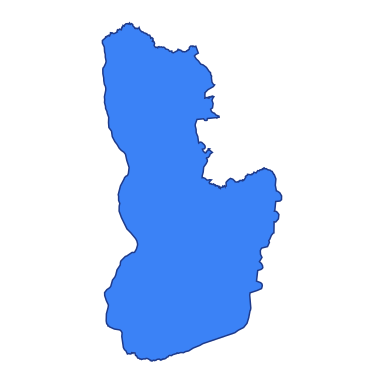 Wa West, Upper West, Ghana
{"feature_id": "2480657B35206472883168", "entity_name": "Wa West", "entity_type": "district", "adm_level": 2, "iso_a3": "GHA", "parent_name": "Ghana", "parent_adm1": "Upper West", "projection": "robinson", "projection_center": [-2.68, 9.917], "detail": "fine", "context": "isolated", "style": "filled", "palette": "blue", "viewbox_px": 384, "rotation_deg": 0, "n_neighbors": 0, "source": "geoboundaries", "source_scale": "gbopen_adm2", "svg_char_len": 5966}
<svg xmlns="http://www.w3.org/2000/svg" viewBox="0 0 384 384"><path d="M275.9,178.9L274.3,174.7L273.7,174.4L273.5,173.4L272.7,172.7L272.3,171.5L271.2,171.2L270.4,170.3L267.7,169.7L266.3,168.7L264.9,168.8L264.5,168.1L264.2,168.4L263.6,168.1L263.4,168.5L262.6,168.7L262.7,169.1L262.3,169.0L262.1,169.6L259.9,169.9L259.3,170.8L257.8,170.6L256.1,172.9L253.9,172.2L253.3,173.5L252.2,174.0L251.9,174.5L251.6,174.2L250.8,174.8L247.5,174.3L247.3,175.3L246.1,175.8L245.4,176.7L245.7,177.2L244.2,179.8L243.5,180.3L243.4,179.9L242.8,179.8L242.6,180.4L242.4,180.1L241.4,180.6L240.0,180.4L238.7,181.8L238.4,181.4L237.0,182.1L235.1,181.8L234.9,181.2L232.8,179.2L230.4,178.4L228.2,180.0L226.4,181.9L226.0,182.8L226.3,186.0L225.2,186.2L225.1,186.8L224.5,185.8L223.6,186.5L222.8,186.0L222.5,186.7L222.8,187.1L221.5,187.5L220.4,187.2L220.3,188.0L219.8,187.3L219.5,187.6L219.4,186.9L219.0,187.1L219.2,186.4L218.7,186.2L218.3,186.4L217.3,185.7L215.8,185.8L215.6,185.3L215.3,185.6L215.1,184.9L214.3,184.5L214.0,184.7L213.5,183.9L212.2,184.4L211.1,184.0L211.0,183.6L209.8,183.7L209.2,182.8L209.7,181.5L211.3,179.9L209.4,179.7L208.3,180.1L206.8,180.0L205.1,178.4L202.7,177.5L202.2,177.7L202.2,175.8L203.2,172.1L203.7,167.1L206.2,163.6L207.4,161.1L207.3,159.7L206.4,158.2L206.7,157.8L208.2,157.5L209.6,155.8L210.0,154.2L212.4,152.4L209.7,150.2L209.0,150.2L209.1,149.3L209.6,148.9L208.8,148.7L208.2,148.8L207.8,150.6L206.4,151.4L206.3,152.5L205.7,152.9L205.1,152.9L203.3,151.3L202.4,149.2L204.5,148.7L205.1,147.7L205.1,146.1L204.2,144.7L201.7,142.4L200.4,142.1L199.3,142.4L198.8,143.1L198.6,142.8L197.8,136.6L196.2,132.7L196.1,129.3L195.2,125.8L195.3,124.1L197.0,119.4L203.6,118.8L204.8,120.4L206.1,120.5L207.0,120.3L207.4,118.5L216.3,117.6L216.9,118.1L217.4,117.4L219.1,117.3L219.0,116.2L215.8,114.9L214.5,113.2L213.5,113.0L211.5,111.6L210.6,109.2L212.5,107.9L213.1,103.6L212.0,100.4L212.8,98.2L213.9,96.7L212.6,96.1L212.3,96.5L211.3,96.3L210.9,97.1L209.7,96.8L209.3,97.6L209.0,97.0L208.4,97.1L208.1,98.1L207.0,97.5L204.8,98.1L205.0,96.8L204.8,94.9L205.1,93.8L204.8,92.9L207.9,89.7L213.3,86.6L214.6,84.9L213.4,84.4L212.0,82.2L211.4,77.8L211.6,76.1L210.7,74.6L210.5,72.6L209.2,71.5L206.4,67.4L203.1,64.9L200.7,64.1L198.4,60.9L196.3,59.0L194.4,56.0L195.7,54.6L198.3,53.1L195.8,46.2L194.6,46.7L193.7,46.2L192.9,46.6L192.7,46.0L190.6,46.1L189.4,47.4L189.2,49.3L188.0,49.9L187.9,50.4L186.8,50.7L186.4,51.4L184.2,51.9L183.7,51.6L182.4,51.7L181.9,51.0L181.3,50.9L181.1,50.4L179.6,49.9L179.1,50.2L178.5,49.8L178.5,49.4L178.0,49.3L177.4,50.7L173.4,52.8L172.0,52.4L171.8,51.0L169.6,51.3L168.3,49.7L165.6,48.9L164.9,47.9L163.8,47.1L162.3,47.4L161.7,46.9L159.5,47.1L159.0,46.6L158.0,47.0L157.7,47.8L156.8,47.2L155.8,47.5L154.6,46.4L154.1,45.4L154.6,43.4L154.0,41.8L153.4,41.3L153.1,41.6L152.4,41.4L152.6,40.7L153.2,40.1L152.8,39.5L153.0,38.6L151.9,37.7L150.7,38.2L150.5,36.8L149.7,35.2L147.6,34.9L146.7,33.6L145.9,33.7L145.4,33.2L143.8,32.8L142.8,31.8L141.7,31.8L139.8,29.7L139.1,27.6L138.7,28.4L138.0,28.2L137.6,28.7L136.1,28.2L135.8,28.6L134.9,28.4L134.9,27.9L132.8,25.7L132.7,24.5L131.5,23.6L130.3,24.4L129.6,23.0L128.8,24.1L128.2,24.0L128.1,23.6L125.9,23.8L124.1,25.5L124.1,26.0L123.0,25.5L123.0,26.1L122.2,26.8L122.3,27.5L121.8,27.6L121.4,29.7L120.6,29.3L120.3,29.6L119.5,29.1L118.2,30.2L117.5,29.8L116.9,31.7L117.2,32.0L116.2,32.6L114.3,33.5L113.2,33.5L112.4,32.9L111.2,33.4L111.4,32.8L110.5,32.7L110.3,34.4L109.7,35.4L109.2,35.3L109.3,35.9L108.2,35.6L106.5,36.5L106.5,37.0L105.6,36.9L105.3,38.0L102.4,40.5L102.4,43.1L104.3,47.0L104.6,51.9L105.3,54.4L105.3,57.1L106.1,61.2L105.7,63.2L104.0,66.9L103.1,67.9L102.8,69.2L102.9,73.8L103.7,77.9L103.8,80.7L104.4,84.4L105.4,86.3L105.8,88.4L105.7,90.5L104.4,96.8L104.7,99.7L104.5,102.6L105.5,106.2L105.6,108.5L107.0,111.6L107.2,113.1L108.7,117.3L108.5,122.7L108.9,127.6L111.5,131.1L112.3,136.7L114.8,141.5L117.1,144.5L119.3,148.3L121.3,150.4L123.9,152.2L125.5,154.3L126.8,160.4L129.1,167.5L128.4,173.3L127.9,174.7L127.3,175.6L125.8,176.3L124.5,177.8L124.0,179.2L120.5,185.8L118.2,194.7L118.6,196.2L118.6,200.4L119.8,203.4L119.2,206.1L119.1,211.1L121.4,217.5L127.0,229.0L130.8,232.8L135.6,238.6L136.9,241.0L137.6,244.0L137.5,245.4L136.4,249.1L134.6,252.2L133.9,252.5L132.1,252.4L126.6,256.1L125.4,256.4L121.1,260.7L120.5,262.0L120.2,265.1L117.0,269.9L115.8,274.9L114.9,277.0L112.5,280.1L110.8,286.2L109.8,287.6L106.8,289.7L104.6,292.6L104.7,295.6L106.3,300.5L108.4,305.0L108.2,307.1L106.4,313.8L106.2,320.9L106.7,323.7L107.7,324.8L108.0,326.0L108.6,326.0L109.6,326.9L114.3,329.0L119.8,329.9L121.2,331.1L122.1,332.8L121.8,336.5L123.4,347.6L124.5,349.7L126.0,351.0L127.4,354.0L128.6,353.6L130.2,354.0L131.3,353.7L131.6,352.9L131.8,353.1L132.2,352.8L132.9,353.3L133.1,352.8L134.9,352.9L135.6,355.5L136.5,355.7L137.7,358.0L139.0,358.3L140.0,359.1L140.8,358.9L141.4,359.5L143.3,358.9L145.5,358.9L146.1,358.4L147.7,358.6L149.9,359.8L150.3,360.5L150.9,360.3L151.3,360.9L152.2,361.0L153.2,360.2L154.6,360.6L155.0,360.2L155.8,360.4L157.0,359.4L159.1,359.1L159.7,359.2L160.3,360.0L160.6,359.7L161.5,359.9L161.8,359.4L162.6,359.4L163.1,358.8L163.4,359.1L164.6,358.9L165.9,358.3L166.7,357.3L168.0,356.9L168.6,355.9L169.5,355.4L171.6,355.6L172.7,354.7L176.8,353.5L177.1,352.9L178.2,353.3L180.8,352.5L183.5,352.7L185.5,351.6L188.7,350.9L193.3,348.0L199.8,345.4L202.9,343.6L234.9,332.7L238.3,330.2L243.6,327.5L247.0,323.3L248.7,317.8L250.0,310.9L250.5,310.0L250.8,308.0L249.7,295.0L250.1,292.8L257.1,290.5L261.5,288.6L262.0,287.1L262.3,285.6L262.0,284.0L260.7,282.7L256.5,281.1L257.7,270.5L260.9,269.5L262.4,268.4L262.8,267.6L262.5,265.6L261.4,263.5L259.4,261.7L262.0,257.4L260.5,254.4L260.3,250.7L261.0,249.0L261.9,248.0L267.5,246.6L269.4,242.4L268.8,240.6L269.7,239.4L271.4,235.3L273.2,233.1L273.9,232.9L274.1,221.8L275.7,222.0L278.4,218.9L278.9,214.5L277.1,212.1L275.9,211.3L274.4,211.1L274.9,209.7L275.7,201.5L280.0,201.0L281.5,199.7L281.6,195.9L279.8,192.8L277.5,191.2L276.4,190.9L275.3,185.2L275.9,178.9Z" fill="#3b82f6" stroke="#1e3a8a" stroke-width="1.5"/></svg>